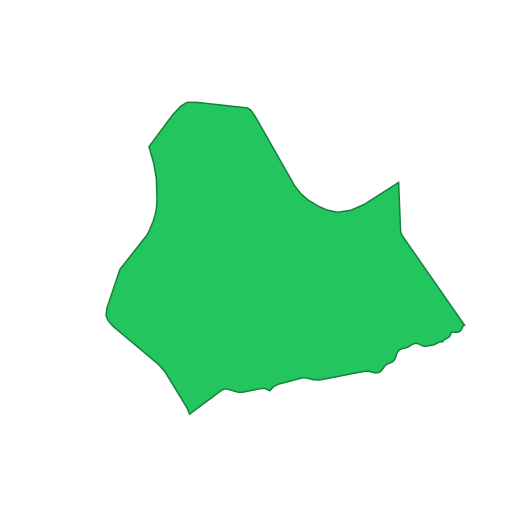 SVG path tracing the border of Kassala, rotated 60°
{"feature_id": "SDN-884", "entity_name": "Kassala", "entity_type": "State", "adm_level": 1, "iso_a3": "SDN", "parent_name": "Sudan", "parent_adm1": "", "projection": "orthographic", "projection_center": [36.251, 15.89], "detail": "fine", "context": "isolated", "style": "filled", "palette": "green", "viewbox_px": 512, "rotation_deg": 60, "n_neighbors": 0, "source": "natural_earth", "source_scale": "10m", "svg_char_len": 1377}
<svg xmlns="http://www.w3.org/2000/svg" viewBox="0 0 512 512"><g transform="rotate(60 256 256)"><path d="M415.1,188.1L415.9,190.2L415.8,192.4L415.4,194.6L415.3,197.3L415.9,199.9L418.1,205.0L418.4,207.6L417.2,210.8L412.2,216.0L410.3,219.3L406.3,230.6L401.0,246.1L395.3,262.6L392.1,267.9L386.1,274.1L384.7,276.8L378.2,300.7L377.9,306.0L379.6,311.4L375.6,314.1L373.3,317.9L367.2,336.0L365.1,339.5L356.2,348.1L355.3,350.3L355.1,353.0L356.5,364.9L358.9,385.7L359.8,392.6L359.7,392.6L352.8,391.7L311.0,392.7L301.3,394.6L245.0,415.1L238.1,416.3L232.8,415.7L226.8,411.4L199.5,380.5L183.4,340.1L181.1,336.3L174.6,327.8L170.1,322.9L164.9,318.4L158.5,314.0L139.2,303.6L124.9,298.3L107.8,294.0L91.9,257.2L88.6,246.0L88.4,239.0L93.5,230.2L123.6,189.3L127.1,187.6L133.7,186.9L215.0,187.4L224.4,186.0L233.6,182.9L243.9,177.2L251.4,171.8L258.9,163.5L263.8,150.9L265.4,136.2L263.6,95.7L305.9,117.9L309.2,119.1L311.4,119.2L420.3,110.0L420.1,111.0L420.4,112.1L422.7,115.4L423.2,117.8L422.6,120.2L419.8,124.4L420.2,125.7L421.4,126.9L422.5,128.5L422.8,130.1L422.6,135.1L422.7,135.5L423.4,136.6L423.6,137.4L423.4,137.9L422.5,138.9L422.3,139.4L421.8,146.9L418.9,154.4L417.7,156.1L413.7,159.0L411.9,160.6L410.9,163.0L410.7,165.2L410.9,169.2L410.6,171.7L409.1,176.6L409.0,178.3L409.8,181.2L411.4,183.4L413.3,185.4L415.0,187.7L415.1,188.1Z" fill="#22c55e" stroke="#15803d" stroke-width="1.5"/></g></svg>